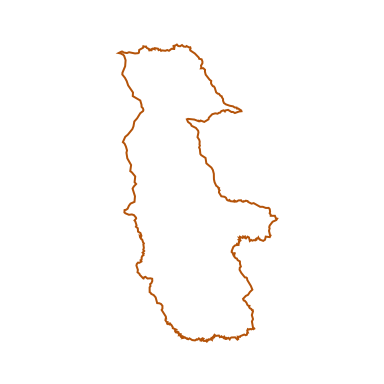 Sotará (Paispamba), Cauca, Colombia (Mercator projection), rotated 164°
{"feature_id": "7082276B86170920101397", "entity_name": "Sotará (Paispamba)", "entity_type": "district", "adm_level": 2, "iso_a3": "COL", "parent_name": "Colombia", "parent_adm1": "Cauca", "projection": "mercator", "projection_center": [-76.619, 2.224], "detail": "fine", "context": "isolated", "style": "outline", "palette": "amber", "viewbox_px": 384, "rotation_deg": 164, "n_neighbors": 0, "source": "geoboundaries", "source_scale": "gbopen_adm2", "svg_char_len": 6019}
<svg xmlns="http://www.w3.org/2000/svg" viewBox="0 0 384 384"><g transform="rotate(164 192 192)"><path d="M244.7,259.0L243.5,257.1L243.0,253.9L243.0,249.9L244.2,247.8L244.9,242.2L243.1,234.7L245.6,229.1L244.3,227.3L242.3,222.6L244.5,217.2L243.5,215.1L246.5,213.3L248.2,211.6L248.0,203.6L250.0,198.4L254.3,197.8L256.4,196.2L258.5,193.7L260.2,193.1L261.8,193.2L262.6,191.0L261.9,189.9L258.9,187.5L256.0,187.0L254.2,185.8L252.9,182.8L253.0,181.9L255.1,180.5L254.6,179.4L254.5,175.2L255.5,174.1L254.1,172.1L254.8,168.8L252.9,166.8L252.7,163.8L253.6,162.5L254.3,163.7L254.4,162.9L253.7,160.6L253.0,160.0L252.9,156.8L252.4,155.9L253.2,155.0L253.7,151.5L254.8,149.9L254.2,148.5L256.2,147.3L255.4,146.1L256.1,145.5L256.1,144.6L257.3,144.3L258.4,143.1L259.1,140.9L260.2,140.6L259.8,139.1L262.1,138.5L263.4,139.0L264.9,138.0L265.7,136.6L265.5,132.1L266.5,129.8L265.1,128.0L265.1,127.0L262.7,122.4L262.4,122.2L261.5,123.2L260.2,123.3L258.6,121.1L255.8,120.5L254.2,119.6L254.7,117.4L256.2,115.6L257.6,115.0L257.9,112.9L259.0,112.1L260.3,107.4L259.6,106.6L259.3,105.4L257.2,103.4L256.0,100.7L256.1,94.8L254.0,94.0L252.6,92.8L251.8,90.7L252.6,88.0L253.7,87.0L251.5,79.5L251.8,77.4L252.2,77.5L252.9,76.1L252.3,74.2L251.3,73.6L252.2,72.3L252.0,72.0L251.5,72.3L250.4,71.1L249.7,71.8L249.2,71.6L249.2,70.5L248.5,70.0L247.8,67.4L248.0,66.4L245.4,64.3L246.2,64.1L246.2,63.0L246.6,62.9L246.3,61.6L245.7,61.3L245.6,62.2L244.5,61.9L243.6,60.8L244.0,60.0L243.6,59.5L243.9,58.6L243.3,58.9L242.0,58.4L242.2,57.7L243.2,57.8L242.4,55.5L241.8,55.3L241.0,56.0L239.9,55.0L241.0,54.2L238.5,53.9L238.2,53.2L237.1,52.7L237.2,52.1L236.2,51.5L234.8,52.0L232.6,49.6L230.0,48.5L228.2,49.1L227.9,48.6L227.2,48.6L225.8,49.4L224.7,47.9L224.8,47.0L223.9,46.5L223.2,47.1L223.5,48.0L222.2,48.5L221.4,47.8L222.1,47.3L221.9,45.7L220.0,45.1L219.5,45.4L219.1,44.5L218.5,45.2L218.3,44.5L217.5,45.0L217.8,45.9L217.5,45.5L216.3,45.8L215.6,45.1L214.6,45.5L213.7,44.5L213.4,46.2L212.6,45.8L212.6,46.5L211.4,47.1L211.1,46.2L210.7,46.2L210.4,46.8L210.9,47.4L209.7,48.5L208.7,47.1L205.7,46.6L205.2,44.8L203.5,45.1L203.4,44.4L202.4,44.0L201.9,43.1L201.0,43.9L200.5,41.6L199.4,41.3L199.1,42.2L198.4,41.6L197.3,41.8L196.4,40.0L195.5,41.0L194.2,41.3L190.6,40.4L189.0,37.6L188.1,37.9L187.9,40.3L185.8,39.5L185.4,40.1L181.1,40.6L179.8,39.5L178.6,39.7L177.8,41.3L177.0,41.3L177.2,43.4L176.1,44.8L175.3,44.1L173.9,44.3L172.8,43.6L171.6,43.9L170.9,43.2L169.8,43.5L169.9,43.9L170.8,44.2L170.1,51.0L168.4,53.0L168.4,57.2L166.3,60.4L166.2,61.7L167.0,61.9L167.2,63.2L168.5,64.4L168.8,65.6L168.2,66.7L169.1,67.0L169.9,68.3L170.2,70.8L171.3,73.0L172.2,73.5L172.4,75.2L168.9,77.3L166.5,77.7L163.8,80.0L160.9,81.5L161.3,85.4L163.1,92.1L162.9,94.1L163.5,94.9L164.7,95.3L166.9,100.6L167.7,104.1L166.9,106.1L165.6,106.8L165.7,109.5L165.1,112.1L166.9,113.9L167.2,115.7L168.2,116.3L169.0,117.6L168.9,119.7L167.8,121.3L168.1,121.5L169.6,120.2L169.9,122.8L170.4,123.3L170.1,124.3L167.4,127.8L165.3,128.8L163.6,128.7L163.2,129.4L162.4,128.3L161.8,128.3L161.5,130.0L160.7,130.2L160.5,131.4L159.1,131.9L160.2,133.2L158.9,133.5L159.3,134.9L158.6,134.5L158.2,135.7L156.3,134.1L156.0,134.4L155.3,134.1L155.0,135.0L154.4,134.4L153.4,134.6L153.5,133.1L152.9,132.5L150.9,133.7L149.8,132.6L149.9,129.0L148.3,129.6L147.4,128.6L146.0,128.7L144.2,128.0L143.4,128.3L143.6,129.1L142.6,129.6L141.7,129.2L140.9,129.9L140.9,128.9L140.0,128.6L139.9,127.5L137.0,125.4L135.0,126.0L133.4,128.8L129.7,127.2L128.5,128.6L128.9,129.0L128.7,133.4L127.4,135.7L127.5,136.9L126.5,138.4L122.7,141.2L118.7,141.8L117.5,142.9L118.6,143.5L118.9,146.3L122.9,147.4L122.6,148.5L123.2,150.2L122.4,151.4L122.0,154.1L122.7,155.6L125.4,156.3L128.1,158.3L130.6,159.0L135.8,164.3L138.0,164.4L140.8,167.0L141.0,167.9L142.7,168.8L144.0,168.5L144.8,168.9L145.6,168.5L146.9,169.6L147.1,170.5L149.7,171.1L151.7,170.5L152.9,171.4L153.5,170.8L153.9,171.0L154.0,172.0L154.9,171.5L157.8,172.7L158.2,174.0L159.5,173.7L160.6,174.9L160.9,177.0L162.0,178.4L165.0,179.8L166.2,184.1L165.7,185.5L165.0,186.0L165.5,187.2L164.9,188.3L165.7,188.9L165.9,190.0L167.0,191.3L167.6,195.2L167.4,198.2L166.0,203.5L165.9,207.4L166.6,210.1L170.3,215.6L169.6,221.0L173.0,224.9L173.5,226.3L172.6,231.2L172.9,232.8L171.6,234.5L171.7,235.6L170.7,238.4L170.7,240.3L171.6,243.2L169.4,247.4L169.2,249.2L170.6,252.5L174.1,255.7L174.5,257.8L176.5,260.4L176.9,263.3L175.7,263.4L169.8,261.0L166.2,258.3L165.8,258.6L165.0,257.8L164.0,258.3L160.9,256.0L156.1,257.3L155.3,258.8L151.1,261.2L148.0,261.2L145.8,260.2L144.4,260.7L143.2,260.5L141.4,261.7L139.2,261.8L138.2,260.4L137.5,261.2L134.7,261.0L132.0,258.0L130.6,257.7L129.0,256.1L124.6,256.4L122.2,256.0L122.2,256.8L124.6,259.5L125.7,259.7L125.8,260.8L127.7,261.5L128.9,263.0L131.9,264.5L135.3,266.9L136.8,268.8L137.0,271.2L136.5,272.8L137.2,274.9L137.0,275.7L138.2,276.8L139.0,278.9L140.2,279.5L141.3,281.1L141.4,286.1L141.9,287.5L142.8,288.0L143.6,290.2L143.7,291.5L142.9,293.5L144.1,295.0L146.5,301.0L146.4,304.1L145.8,305.9L147.0,307.9L149.3,308.4L148.7,309.1L148.5,311.0L146.5,312.9L146.0,314.6L146.2,316.9L148.4,318.1L148.4,319.3L151.1,324.4L154.5,328.4L154.7,329.3L153.8,330.4L153.8,331.6L155.0,331.8L157.0,333.8L157.9,333.3L159.9,334.1L161.1,336.0L163.3,335.4L165.0,336.1L165.9,337.9L167.7,337.4L169.5,337.5L169.7,336.5L169.0,336.0L169.7,334.4L172.2,335.3L175.2,334.1L176.7,335.3L178.7,335.1L181.5,336.3L182.8,336.2L183.2,337.7L185.0,337.6L185.2,339.1L188.2,340.6L188.7,340.5L188.7,339.6L190.4,340.7L191.0,340.6L191.8,339.4L192.6,339.6L193.1,340.6L194.0,340.1L194.3,341.7L195.6,342.8L196.2,344.5L196.7,344.3L198.6,345.5L199.4,344.1L203.6,343.1L204.6,340.6L205.6,340.3L208.6,340.9L214.0,343.7L216.2,343.5L219.4,345.0L220.1,346.1L221.0,346.4L224.2,345.8L222.3,344.8L220.2,342.7L219.7,341.5L219.5,337.0L221.6,331.3L226.0,325.8L226.6,324.1L225.0,320.3L224.2,316.6L224.0,312.1L221.3,303.9L222.5,300.5L216.5,294.2L216.5,289.8L217.0,287.7L216.1,286.0L216.1,284.3L216.7,283.3L220.0,282.0L224.5,277.9L228.0,275.7L230.2,271.2L232.0,268.9L237.9,264.8L241.0,263.4L244.7,259.0Z" fill="none" stroke="#b45309" stroke-width="2"/></g></svg>